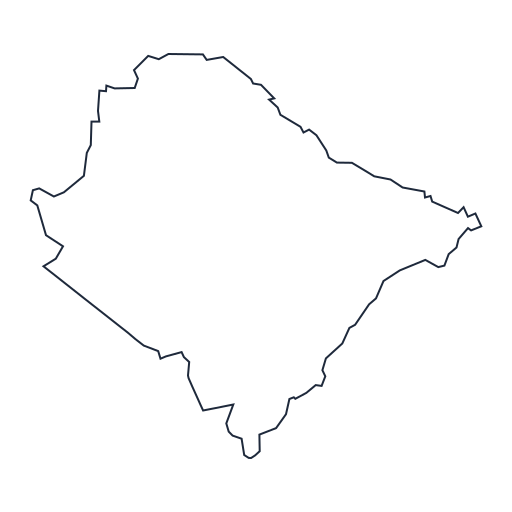 Berkeley, South Carolina, United States of America
{"feature_id": "52423323B42356104193293", "entity_name": "Berkeley", "entity_type": "district", "adm_level": 2, "iso_a3": "USA", "parent_name": "United States of America", "parent_adm1": "South Carolina", "projection": "mercator", "projection_center": [-79.914, 33.162], "detail": "fine", "context": "isolated", "style": "outline", "palette": "slate", "viewbox_px": 512, "rotation_deg": 0, "n_neighbors": 0, "source": "geoboundaries", "source_scale": "gbopen_adm2", "svg_char_len": 1494}
<svg xmlns="http://www.w3.org/2000/svg" viewBox="0 0 512 512"><path d="M481.3,226.3L475.4,213.5L467.9,216.7L463.6,207.2L458.0,213.0L432.2,201.6L430.5,196.0L425.0,197.5L424.4,191.5L402.6,187.5L390.5,179.5L374.2,176.3L367.9,172.4L351.9,162.8L336.9,162.6L328.8,157.6L326.3,150.5L316.4,135.2L309.1,129.6L303.5,132.5L300.5,126.8L280.4,114.8L277.7,107.5L269.1,99.6L274.2,98.4L261.0,84.8L253.1,83.5L250.9,79.0L223.2,57.0L206.7,59.9L202.9,54.4L168.4,54.0L158.8,59.2L148.2,55.9L134.0,70.1L137.9,78.6L134.7,88.0L114.6,88.4L106.4,85.6L106.0,91.2L99.4,90.6L98.0,110.9L99.3,121.6L91.5,121.6L90.8,145.1L86.8,152.9L83.9,175.8L63.9,192.3L53.9,196.5L39.2,188.4L32.9,190.2L30.7,200.4L37.3,205.4L46.0,235.2L63.0,246.3L55.8,258.7L43.5,266.3L66.1,284.1L85.1,299.1L118.7,325.5L128.0,332.8L135.4,339.1L143.8,345.6L158.2,351.1L160.5,358.7L165.9,356.4L181.6,352.1L183.9,357.1L189.2,362.0L188.0,375.5L188.6,378.2L190.9,383.4L192.2,386.4L197.4,397.9L197.5,398.1L200.4,404.6L203.1,410.5L211.7,408.8L215.9,408.0L233.3,404.5L226.3,423.4L228.7,431.6L232.6,435.6L241.6,438.7L244.2,455.0L248.7,457.9L251.1,458.0L255.1,455.4L259.7,451.2L259.4,434.6L276.1,428.1L286.0,414.2L289.4,399.0L293.8,397.3L295.3,398.8L306.3,392.9L315.7,385.1L321.6,385.9L325.3,376.3L322.4,370.2L325.9,358.4L342.3,343.5L349.4,327.9L355.1,324.8L369.1,304.3L376.0,298.4L383.5,281.0L399.8,270.4L425.3,259.9L438.3,267.1L444.4,265.6L448.7,254.1L456.5,247.5L458.6,239.0L468.0,228.1L471.1,230.4L481.3,226.3Z" fill="none" stroke="#1e293b" stroke-width="2"/></svg>